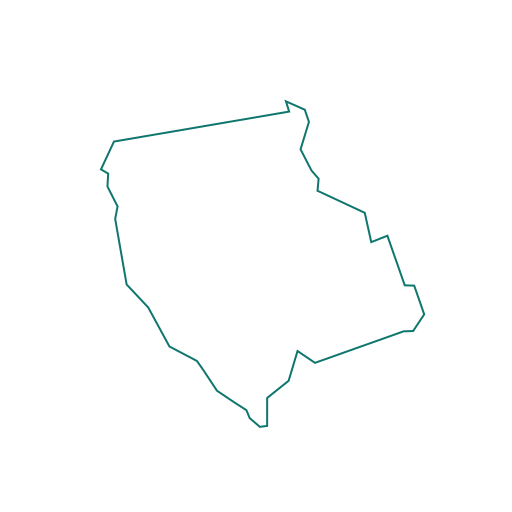 Bibb, Georgia, United States of America (Robinson projection), rotated 25°
{"feature_id": "52423323B78226819496171", "entity_name": "Bibb", "entity_type": "district", "adm_level": 2, "iso_a3": "USA", "parent_name": "United States of America", "parent_adm1": "Georgia", "projection": "robinson", "projection_center": [-83.68, 32.807], "detail": "fine", "context": "isolated", "style": "outline", "palette": "teal", "viewbox_px": 512, "rotation_deg": 25, "n_neighbors": 0, "source": "geoboundaries", "source_scale": "gbopen_adm2", "svg_char_len": 640}
<svg xmlns="http://www.w3.org/2000/svg" viewBox="0 0 512 512"><g transform="rotate(25 256 256)"><path d="M411.9,216.0L403.2,219.7L366.5,182.1L354.6,194.7L336.3,170.9L284.2,170.9L280.1,159.5L270.2,155.1L251.3,140.5L247.3,112.1L238.4,102.8L217.8,103.2L225.0,111.1L103.6,195.2L95.7,200.7L78.9,212.3L78.9,243.0L87.2,243.8L92.0,255.8L109.6,269.6L112.7,281.9L150.8,336.5L180.1,348.2L215.8,374.6L246.8,376.1L256.4,381.6L277.6,394.6L298.0,397.8L312.5,399.8L318.8,405.6L331.7,409.2L337.9,405.3L326.1,379.9L338.3,355.3L333.8,324.6L354.6,327.9L421.6,261.9L430.1,257.6L433.1,237.8L411.9,216.0Z" fill="none" stroke="#0f766e" stroke-width="2"/></g></svg>